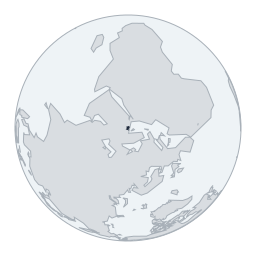 Beqaa on an orthographic globe, rotated 173°
{"feature_id": "LBN-3022", "entity_name": "Beqaa", "entity_type": "Province", "adm_level": 1, "iso_a3": "LBN", "parent_name": "Lebanon", "parent_adm1": "", "projection": "orthographic", "projection_center": [36.105, 33.959], "detail": "fine", "context": "on_globe", "style": "filled", "palette": "slate", "viewbox_px": 256, "rotation_deg": 173, "n_neighbors": 0, "source": "natural_earth", "source_scale": "10m", "svg_char_len": 10368}
<svg xmlns="http://www.w3.org/2000/svg" viewBox="0 0 256 256"><g transform="rotate(173 128 128)"><circle cx="128" cy="128" r="113" fill="#eef3f6" stroke="#a8b0b8"/><path d="M114.0,16.2L117.9,15.9L131.1,15.8L135.9,15.8L134.3,16.0L143.8,16.5L151.4,17.8L142.4,16.4L141.2,16.4L146.2,17.1L146.0,17.3L148.3,17.8L147.6,18.1L142.5,17.6L141.9,17.8L145.5,18.4L147.0,19.2L141.9,18.3L144.1,19.8L135.9,19.9L122.8,18.4L117.8,19.7L103.1,21.9L104.1,22.4L99.1,23.9L98.3,25.1L95.8,25.5L97.3,26.2L99.8,25.7L101.2,25.9L101.0,26.6L97.8,27.1L97.4,26.8L96.3,27.3L94.8,27.3L95.5,27.7L91.6,28.4L95.0,28.9L91.6,30.5L89.1,30.6L89.9,29.1L86.2,26.6L84.0,26.8L80.0,28.3L71.4,34.2L68.7,35.3L64.6,37.9L65.8,37.8L69.4,35.9L70.7,36.7L75.0,34.5L76.1,34.6L80.3,33.3L79.0,35.2L75.5,38.0L72.0,39.3L70.4,40.7L73.2,41.0L66.2,45.4L60.7,51.9L58.9,53.0L56.4,51.9L57.7,47.5L54.4,47.1L55.8,49.3L51.4,52.5L50.4,54.0L50.3,55.1L51.7,54.7L50.1,56.4L48.0,54.6L49.4,53.0L50.1,53.5L50.7,51.6L49.2,50.9L47.1,52.9L47.2,50.7L45.7,52.2L44.9,52.7L47.3,50.4L42.9,54.6L42.7,54.5L48.3,48.4L54.4,42.8L60.8,37.6L67.6,32.9L74.8,28.7L82.2,25.1L89.9,22.0L97.8,19.5L105.8,17.6L114.0,16.2ZM16.7,110.9L16.2,114.7L15.8,124.0L15.7,129.5L15.5,131.1L15.8,134.2L15.9,135.8L18.8,147.8L21.8,156.9L22.7,162.6L22.1,165.2L24.7,172.9L21.8,165.5L19.4,158.0L17.6,150.3L16.3,142.5L15.6,134.6L15.4,126.6L15.7,118.7L16.7,110.9ZM139.3,16.0L136.7,15.7L139.3,16.0L139.3,16.0ZM148.7,17.9L149.5,18.0L150.4,18.3L148.7,17.9ZM80.7,32.3L80.5,32.8L79.8,32.8L80.7,32.3ZM82.7,31.4L82.1,31.1L82.9,30.6L83.3,30.8L82.7,31.4ZM150.1,19.0L151.2,19.6L149.2,18.9L150.1,19.0ZM83.3,31.9L84.5,29.8L86.1,29.0L88.7,29.1L83.3,31.9ZM151.3,19.9L154.0,21.7L156.1,21.8L151.8,22.6L150.9,20.7L148.1,19.6L150.4,20.1L151.3,19.9ZM100.6,25.2L98.0,25.8L100.4,24.6L100.6,25.2ZM101.8,24.5L107.0,21.2L110.7,20.9L108.2,22.0L113.2,21.3L112.5,22.7L109.6,23.4L107.3,23.2L108.7,23.9L101.8,24.5ZM149.0,22.8L148.9,23.3L148.1,22.7L149.0,22.8ZM102.0,25.9L102.7,25.1L106.0,24.8L105.1,26.2L104.4,25.8L102.0,25.9ZM114.9,20.5L117.2,20.6L117.2,21.7L118.1,22.0L112.8,22.7L114.9,20.5ZM103.5,26.3L104.6,26.9L102.9,27.8L101.5,26.6L103.5,26.3ZM107.2,24.2L108.7,24.1L107.6,24.6L107.2,24.2ZM97.2,31.7L98.0,30.6L99.8,30.3L97.2,31.7ZM105.2,27.1L105.8,26.8L106.6,26.6L106.9,27.3L105.2,27.1ZM113.1,23.5L112.7,24.0L115.3,23.3L115.4,24.2L111.9,24.6L113.5,24.9L113.5,25.2L110.5,25.2L113.1,23.5ZM109.7,27.4L105.2,28.5L103.3,30.4L101.7,30.6L105.0,27.6L109.7,27.4ZM110.4,26.1L109.6,26.9L108.0,26.7L107.6,26.0L110.4,26.1ZM116.8,24.8L117.5,23.2L118.3,23.2L116.8,24.8ZM109.4,28.0L110.5,27.7L109.5,28.1L109.4,28.0ZM114.9,25.8L115.0,25.2L115.9,25.2L114.9,25.8ZM112.6,27.8L111.1,28.1L110.8,27.6L112.6,27.8ZM113.9,26.9L115.0,27.0L111.5,27.2L113.8,26.6L113.9,26.9ZM115.7,25.9L116.2,25.7L115.5,26.1L115.7,25.9ZM114.6,29.7L110.3,30.0L109.6,28.8L113.9,28.6L114.6,29.7ZM45.1,158.8L40.2,140.2L43.3,135.6L44.4,128.2L66.8,111.3L71.0,114.6L87.9,116.0L89.9,117.5L87.3,123.1L99.5,132.9L104.2,128.5L115.9,133.6L124.1,133.8L128.1,122.7L114.7,122.1L113.0,116.5L124.2,112.2L136.0,112.9L135.7,110.8L128.8,106.0L132.0,102.0L126.4,104.0L128.3,106.2L124.9,107.6L123.0,105.7L124.2,104.3L120.8,103.2L115.8,110.6L117.2,113.7L108.0,114.3L109.4,119.6L106.7,121.8L103.3,113.6L104.0,110.8L97.3,101.5L95.7,104.4L101.9,113.6L99.8,112.6L97.6,117.1L97.5,112.9L91.2,102.7L83.2,102.7L72.1,111.8L67.6,111.3L64.3,107.5L69.3,96.5L78.7,99.0L80.6,95.5L79.5,89.3L82.5,90.8L83.2,88.7L86.8,89.4L92.8,85.5L96.6,85.9L99.7,79.8L102.1,79.3L99.6,83.0L99.9,85.9L109.4,87.1L111.5,86.0L112.8,82.1L115.3,83.1L115.3,79.2L121.2,78.3L113.9,76.3L115.2,72.1L119.2,69.3L118.3,67.7L111.8,72.3L110.4,74.6L111.3,77.0L106.3,83.4L102.8,84.0L103.1,76.3L98.3,76.5L100.6,70.8L116.7,61.1L123.0,59.7L131.7,65.7L129.8,68.2L125.7,67.2L128.8,71.9L128.9,69.7L130.9,70.7L132.7,67.3L134.2,67.9L133.3,63.8L135.4,64.2L135.9,66.7L140.3,62.5L144.8,62.5L145.1,61.3L144.1,60.0L150.5,61.1L150.4,60.2L148.3,59.5L146.6,57.3L146.3,53.9L148.6,54.4L149.0,55.7L153.3,59.5L154.1,63.1L155.0,63.0L154.8,60.0L149.6,55.4L148.7,53.3L151.5,55.1L150.4,54.2L150.7,53.4L153.1,53.1L150.2,51.0L150.3,41.7L154.9,40.6L157.4,43.0L159.9,38.1L164.9,37.9L162.9,37.1L162.7,34.7L161.2,34.6L160.2,34.1L159.0,28.5L160.5,27.9L157.7,25.2L156.7,24.9L155.4,25.2L151.8,22.6L156.1,21.8L158.2,22.5L159.4,21.9L164.1,23.7L168.5,25.2L172.9,28.0L176.0,29.1L176.1,28.8L180.4,30.3L188.9,35.2L181.6,32.7L168.7,27.1L173.9,29.3L172.6,29.4L174.4,30.6L178.0,32.4L178.6,32.2L183.7,38.9L192.2,46.0L192.0,43.5L194.5,44.0L204.1,51.3L214.6,67.0L218.1,69.1L220.1,71.6L220.9,74.9L218.1,71.2L216.6,71.5L214.8,69.2L215.3,73.6L212.8,70.5L214.4,75.8L216.7,77.4L217.2,74.4L219.7,80.8L223.6,82.8L227.0,88.1L230.2,102.1L229.1,109.4L229.7,111.5L227.8,111.1L227.5,116.9L232.9,124.0L233.5,127.0L232.0,136.3L231.6,134.1L226.5,133.2L227.2,141.1L231.1,143.6L232.5,149.3L230.2,149.8L228.6,144.9L226.7,144.4L226.1,137.8L222.3,129.9L219.9,134.2L219.0,130.3L213.4,124.9L209.3,130.7L203.6,145.8L204.6,155.9L201.8,161.8L193.8,150.3L190.4,141.1L187.4,143.2L179.3,137.0L164.8,140.2L162.9,137.9L160.2,139.7L154.5,138.0L151.6,133.9L148.1,134.7L155.8,145.3L159.6,144.5L162.9,139.3L164.4,143.3L169.9,145.8L163.3,157.1L142.1,168.4L140.3,160.9L125.4,139.6L126.0,137.0L126.0,136.7L125.8,136.2L124.2,140.3L121.7,136.0L129.4,151.3L130.6,157.8L141.8,168.9L140.7,170.2L144.4,172.3L156.5,168.0L156.5,170.5L150.7,182.6L134.1,198.2L136.4,207.1L135.5,214.2L125.6,218.8L126.8,223.6L121.8,225.1L121.7,227.6L117.8,229.9L111.3,231.5L99.6,230.0L98.6,228.0L92.2,222.9L83.3,209.7L85.9,204.4L84.7,199.2L76.3,185.7L78.1,179.3L76.0,175.8L71.5,175.3L69.0,171.0L66.3,170.0L49.9,166.0L45.1,158.8ZM58.5,122.1L57.7,124.2L58.5,122.1ZM148.2,119.6L155.5,119.2L152.6,112.4L155.2,111.8L153.3,109.8L152.4,111.9L147.8,106.4L151.1,104.0L150.4,101.0L148.0,101.0L142.7,106.4L149.2,114.2L147.4,117.3L148.2,119.6ZM23.9,84.9L23.2,86.7L23.5,85.9L23.9,84.9ZM51.6,52.6L51.7,52.8L51.2,54.2L50.7,54.0L51.6,52.6ZM53.4,58.1L50.7,60.7L52.3,58.6L51.0,58.7L52.8,54.6L58.1,53.4L55.4,54.6L53.4,58.1ZM56.7,49.3L55.0,51.7L56.6,49.1L56.7,49.3ZM83.5,77.4L84.5,79.1L82.7,81.2L77.8,81.5L80.4,78.4L83.5,77.4ZM86.3,81.2L87.9,73.9L91.0,73.6L89.0,75.0L90.9,75.5L88.1,77.8L89.4,85.1L87.9,87.5L79.8,86.3L83.3,85.2L82.2,83.5L86.3,81.2ZM86.8,58.2L87.5,55.7L93.2,58.3L91.9,60.4L86.9,60.6L85.7,58.3L86.8,58.2ZM87.8,32.9L87.7,32.3L88.6,32.1L89.4,32.5L87.8,32.9ZM97.5,31.2L89.0,35.6L88.5,35.1L84.2,38.7L81.1,38.7L84.0,36.3L78.4,39.2L79.8,37.1L76.2,39.3L83.0,33.9L84.0,32.4L84.0,34.0L86.8,34.0L88.3,33.5L93.4,31.1L97.0,27.9L100.3,27.7L101.7,28.3L101.3,29.0L99.3,28.9L100.3,29.9L97.0,30.4L97.5,31.2ZM116.0,39.7L113.8,38.6L115.3,42.0L112.0,41.9L112.4,42.3L109.8,43.3L107.3,45.2L106.0,44.9L105.6,45.8L103.9,46.5L102.9,47.7L100.1,47.6L98.6,49.1L98.1,48.3L96.4,50.9L96.4,49.0L94.2,49.9L95.4,51.3L82.6,49.4L77.3,50.5L72.8,52.7L73.4,49.4L78.0,45.4L84.3,41.8L89.4,41.4L88.8,40.1L91.0,39.6L90.6,40.8L92.6,38.7L94.3,38.6L99.9,36.3L101.7,33.5L103.9,32.7L104.0,33.8L106.0,32.3L107.7,33.8L109.3,33.3L112.5,34.5L111.9,37.0L113.7,36.3L116.2,37.4L116.0,39.7ZM115.4,30.1L115.4,32.8L113.7,34.2L108.8,31.6L107.2,31.9L104.0,30.5L106.6,28.6L107.2,29.1L108.5,29.2L107.2,29.8L109.2,29.4L110.2,30.2L112.0,30.1L111.5,31.0L115.4,30.1ZM92.6,115.7L94.2,116.3L96.9,116.5L95.6,119.4L92.6,115.7ZM88.1,108.7L89.7,108.7L89.1,112.7L87.4,112.2L88.1,108.7ZM91.0,105.4L89.8,108.4L89.4,106.5L91.0,105.4ZM101.0,82.8L102.7,82.6L102.7,83.5L101.6,84.8L101.0,82.8ZM119.6,50.6L118.6,49.5L119.3,49.1L119.2,46.3L121.6,46.2L122.6,48.0L119.6,50.6ZM125.6,124.6L122.9,126.7L121.8,125.6L122.9,125.1L125.6,124.6ZM108.4,123.4L112.1,125.2L108.0,124.2L108.4,123.4ZM122.2,50.1L122.0,48.9L123.3,49.6L122.2,50.1ZM123.4,46.1L125.1,46.7L121.9,45.9L123.4,46.1ZM168.4,233.1L168.9,232.9L167.2,233.6L168.4,233.1ZM155.0,211.4L147.5,223.4L142.1,224.0L141.0,220.9L143.7,213.9L149.9,211.2L152.9,207.4L155.0,211.4ZM238.3,151.0L238.2,151.2L238.3,150.8L238.3,151.0ZM238.0,151.5L238.5,149.7L237.8,152.8L238.0,151.5ZM238.7,148.8L238.7,149.0L238.7,148.7L238.7,148.8ZM237.6,152.8L234.2,159.7L232.6,161.3L233.3,159.1L235.9,155.1L237.6,152.8ZM233.1,159.2L230.2,158.8L224.3,151.2L226.5,149.5L232.2,151.7L231.9,153.4L233.7,154.5L233.1,159.2ZM239.0,140.9L238.7,145.4L237.1,148.9L236.2,150.0L235.6,145.9L236.0,142.5L236.8,141.2L238.4,126.5L239.3,126.7L239.1,132.3L239.8,134.3L239.0,140.9ZM205.2,156.6L207.9,161.2L206.2,163.1L205.2,156.6ZM238.0,117.8L238.1,124.1L237.7,116.7L238.0,117.8ZM237.2,111.6L237.7,113.4L237.0,112.4L237.2,111.6ZM230.7,114.3L229.9,116.2L229.4,114.8L230.0,111.5L230.7,114.3ZM229.5,92.7L231.5,96.8L232.0,98.5L230.7,96.7L229.5,92.7ZM142.2,49.9L139.6,53.8L139.3,56.9L141.6,59.2L137.2,57.9L137.7,53.0L142.2,49.9ZM149.1,42.6L147.0,40.9L148.6,40.7L149.3,41.1L149.1,42.6ZM147.3,42.2L143.5,41.9L142.8,40.5L146.0,40.9L147.3,42.2ZM132.8,45.6L131.9,46.7L130.8,46.0L132.8,45.6ZM239.9,140.7L240.1,137.9L239.6,143.2L239.4,144.1L239.6,140.6L240.0,134.6L240.1,131.6L240.6,126.6L240.0,134.1L240.1,136.0L240.5,132.0L240.2,136.1L240.1,138.7L239.9,140.7ZM240.1,119.7L239.5,118.0L239.5,120.9L239.0,112.9L239.8,115.8L240.1,119.7ZM238.8,113.6L238.8,116.3L238.4,112.0L238.8,113.6ZM238.5,115.5L237.9,113.3L238.2,112.5L238.5,115.5ZM238.9,113.0L237.9,108.7L238.6,110.4L238.9,113.0ZM236.4,108.5L237.9,109.9L236.9,111.5L234.3,104.0L234.6,102.4L236.4,108.5ZM222.1,71.2L220.7,69.5L220.2,67.8L221.3,69.4L222.1,71.2ZM217.3,61.7L219.6,66.9L221.2,71.5L221.8,71.5L224.2,75.5L222.0,73.7L219.2,68.0L218.4,65.2L216.1,62.2L214.1,58.8L211.1,55.9L209.5,53.8L212.0,55.7L217.3,61.7ZM209.8,54.7L203.9,49.3L204.0,47.9L205.4,48.7L208.0,51.8L207.8,52.3L209.8,54.7ZM202.5,47.6L202.2,48.2L192.8,43.0L190.9,41.6L198.1,44.4L198.2,45.1L200.5,46.8L202.5,47.6ZM150.2,23.4L149.0,23.3L149.8,23.1L150.2,23.4ZM159.3,34.2L158.1,33.4L159.0,33.1L159.3,34.2ZM155.3,31.3L155.1,32.2L154.4,31.0L155.3,31.3ZM154.8,34.3L154.6,32.4L156.1,34.6L154.8,34.3Z" fill="#d9dde1" stroke="#a8b0b8" stroke-width="1"/><path d="M127.6,129.0L127.4,129.0L127.4,128.9L127.3,129.0L127.2,129.0L127.2,128.9L127.3,128.7L127.4,128.4L127.5,128.4L127.6,128.2L127.8,127.9L127.8,127.7L128.0,127.4L128.1,127.2L128.3,127.0L128.3,126.9L128.4,127.0L128.4,126.9L128.5,126.9L128.5,127.0L128.7,127.3L128.8,127.3L128.7,127.4L128.8,127.4L128.8,127.5L128.7,127.6L128.6,127.8L128.4,127.9L128.3,128.0L128.4,128.3L128.2,128.2L128.1,128.3L128.1,128.2L128.0,128.3L127.9,128.3L127.8,128.5L127.7,128.5L127.8,128.6L127.9,128.8L127.7,128.8L127.7,129.0L127.6,129.0Z" fill="#64748b" stroke="#1e293b" stroke-width="1.5"/></g></svg>